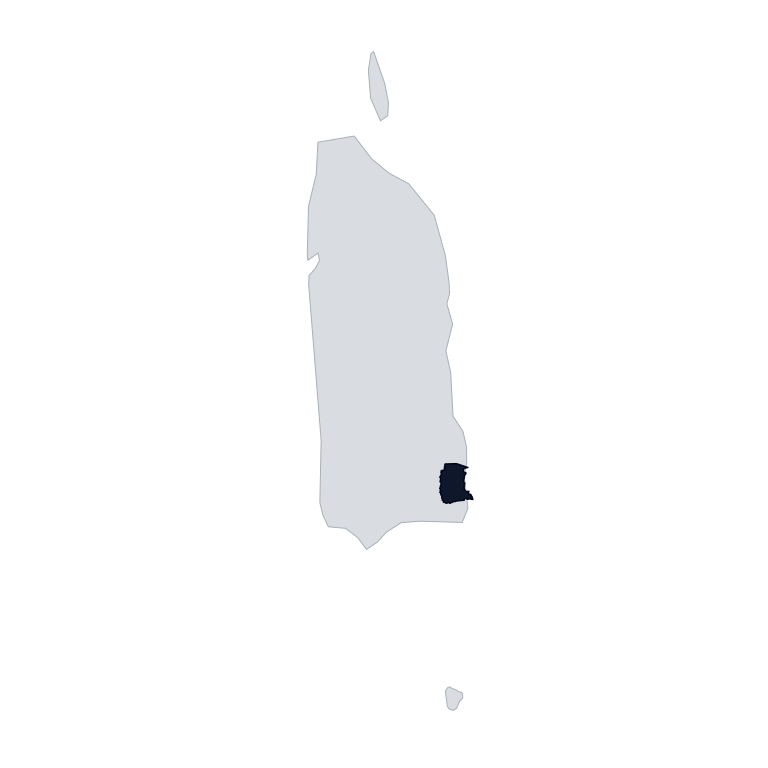 Lajas, Puerto Rico (highlighted), rotated 264°
{"feature_id": "32010507B28103012902602", "entity_name": "Lajas", "entity_type": "district", "adm_level": 2, "iso_a3": "PRI", "parent_name": "Puerto Rico", "parent_adm1": "", "projection": "albers", "projection_center": [-67.049, 18.006], "detail": "fine", "context": "in_parent", "style": "filled", "palette": "ink", "viewbox_px": 768, "rotation_deg": 264, "n_neighbors": 0, "source": "geoboundaries", "source_scale": "gbopen_adm2", "svg_char_len": 2952}
<svg xmlns="http://www.w3.org/2000/svg" viewBox="0 0 768 768"><g transform="rotate(264 384 384)"><path d="M505.8,327.6L513.6,332.8L521.1,332.0L515.0,321.2L520.6,321.2L568.6,327.5L599.6,338.5L631.4,343.6L633.7,380.3L609.3,395.2L593.4,410.7L580.5,429.6L546.3,451.7L504.9,458.5L477.4,459.3L467.1,458.6L457.1,454.9L436.3,458.5L410.5,449.0L388.5,451.5L344.8,449.3L328.4,457.6L312.7,459.5L297.3,458.0L284.2,454.2L251.8,454.5L238.1,447.3L243.8,405.4L244.3,386.5L236.4,370.9L227.6,361.0L221.3,349.4L234.1,341.7L244.5,330.6L247.8,313.8L259.2,309.7L272.6,307.8L334.5,315.6L490.9,319.5L499.8,320.8L505.8,327.6ZM683.0,416.1L663.3,417.8L650.5,415.8L646.1,408.0L669.9,400.5L697.8,401.3L713.8,405.5L715.8,408.4L683.0,416.1ZM68.4,429.5L66.1,429.7L63.7,429.4L62.6,428.7L61.0,426.3L53.9,422.3L52.2,418.6L53.9,414.8L56.8,413.3L71.3,412.9L72.8,413.3L75.7,416.0L75.8,417.9L74.3,419.7L71.8,424.3L70.7,425.4L69.8,426.6L69.5,428.7L68.4,429.5Z" fill="#d9dde1" stroke="#a8b0b8" stroke-width="1"/><path d="M260.0,460.2L262.1,460.0L264.0,459.1L265.1,458.7L265.8,457.0L266.6,456.7L267.0,456.5L267.6,456.8L267.8,456.9L268.3,457.1L268.5,456.0L268.3,455.8L268.1,455.5L268.1,455.4L268.7,454.4L269.4,453.6L270.6,453.1L270.9,453.0L271.1,453.0L272.4,452.8L273.6,453.0L275.8,453.5L276.0,453.5L276.9,454.0L277.2,453.7L277.6,453.3L278.8,453.1L279.0,453.1L279.7,453.2L280.3,453.3L281.4,453.6L281.8,453.8L282.8,454.2L283.4,454.3L284.1,454.4L284.3,454.4L285.1,455.1L285.3,455.2L286.1,455.8L286.4,456.1L287.3,456.0L287.4,455.8L287.5,455.4L287.5,454.6L288.8,454.0L290.1,453.9L291.4,454.6L291.6,454.6L291.9,455.4L291.9,455.8L291.9,456.7L292.0,457.2L292.2,458.4L292.3,458.5L297.0,448.2L297.4,445.5L297.5,443.8L297.6,442.3L298.0,437.2L297.8,437.3L297.8,436.4L297.5,436.1L296.2,436.0L295.5,435.6L291.9,434.9L292.1,434.4L291.8,433.4L292.0,433.1L291.7,432.5L291.8,431.9L290.0,431.4L289.5,431.9L289.2,431.9L288.8,431.9L288.7,431.6L287.9,431.3L287.1,431.2L286.4,430.4L286.0,430.3L285.6,429.8L285.2,430.2L284.7,430.2L284.3,430.5L283.8,430.5L283.6,430.3L283.1,430.3L281.2,429.6L280.9,429.6L280.8,430.2L279.2,430.4L278.8,430.3L278.5,430.5L278.3,430.3L277.7,430.0L276.6,429.4L276.3,429.4L275.1,429.0L274.4,428.6L274.2,428.9L273.7,429.1L272.2,428.8L271.3,428.7L271.1,428.8L270.4,428.3L270.0,428.5L269.6,428.9L269.1,429.2L268.6,429.0L268.1,429.0L267.5,429.5L267.0,429.4L266.3,430.1L265.5,429.6L264.9,429.6L264.3,429.8L263.6,429.7L262.5,430.1L262.2,430.0L262.0,430.4L261.5,430.7L261.1,430.8L260.8,430.9L260.2,430.9L259.8,432.2L259.2,433.0L258.9,433.5L259.0,434.4L259.4,434.5L259.7,435.3L259.2,435.8L258.6,436.8L258.5,437.4L259.1,437.7L259.0,438.1L259.1,438.5L259.1,439.4L259.8,440.9L259.9,441.6L259.6,442.4L260.0,443.1L260.1,446.1L260.1,446.6L260.1,450.7L259.9,451.2L260.1,451.6L260.5,451.8L261.1,451.8L261.7,452.1L261.9,452.4L261.5,453.6L261.0,454.2L260.9,454.7L260.6,455.3L260.8,457.1L260.6,457.7L260.5,458.4L260.1,459.3L260.0,460.1L260.0,460.2Z" fill="#0f172a" stroke="#020617" stroke-width="1.5"/></g></svg>